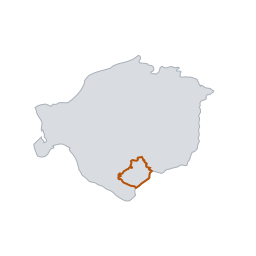 where Suceava sits in Romania, rotated 152°
{"feature_id": "ROU-311", "entity_name": "Suceava", "entity_type": "County", "adm_level": 1, "iso_a3": "ROU", "parent_name": "Romania", "parent_adm1": "", "projection": "albers", "projection_center": [25.683, 47.513], "detail": "fine", "context": "in_parent", "style": "outline", "palette": "amber", "viewbox_px": 256, "rotation_deg": 152, "n_neighbors": 0, "source": "natural_earth", "source_scale": "10m", "svg_char_len": 5104}
<svg xmlns="http://www.w3.org/2000/svg" viewBox="0 0 256 256"><g transform="rotate(152 128 128)"><path d="M191.3,141.9L193.5,144.7L196.2,146.1L202.4,147.6L202.9,147.3L203.0,147.0L202.5,146.6L202.4,146.1L202.7,145.4L203.6,145.3L205.0,145.9L207.6,144.9L211.4,142.4L214.9,141.8L218.2,143.0L220.0,144.5L221.1,146.0L220.9,147.9L220.7,149.0L220.1,153.9L219.6,155.8L218.8,157.8L208.7,160.7L209.3,159.5L209.0,157.5L208.5,156.0L209.4,154.6L207.0,154.2L206.1,155.0L205.4,156.3L206.2,159.4L205.1,161.1L204.7,162.1L204.8,164.3L204.2,165.3L204.1,166.4L205.7,166.0L205.0,168.0L202.1,171.8L201.1,174.1L201.7,182.8L200.5,188.1L200.5,189.7L197.2,189.9L196.2,189.8L193.0,189.1L189.5,187.8L187.3,185.2L186.0,183.3L183.0,184.2L182.5,184.0L181.6,183.1L179.4,182.5L176.6,182.6L170.4,179.1L169.7,178.6L164.8,179.2L157.6,181.1L152.1,183.3L146.3,187.2L144.0,190.1L141.3,191.6L137.4,192.8L130.5,192.3L123.4,190.8L115.7,189.1L111.5,189.9L105.9,189.1L97.5,187.0L91.2,186.3L84.9,187.2L83.9,186.3L83.7,185.3L84.0,184.0L84.9,182.9L86.4,182.1L87.2,181.3L87.4,180.4L85.7,179.0L82.3,176.9L81.0,175.7L80.6,175.4L80.6,174.3L79.9,173.4L78.6,172.8L77.6,171.6L76.9,169.9L77.2,168.4L78.3,167.0L79.6,166.5L81.2,166.7L81.9,166.4L81.7,165.3L80.2,164.0L77.3,162.3L74.3,163.1L71.2,166.2L69.0,166.6L67.8,164.3L65.5,162.9L62.1,162.4L60.1,161.4L59.3,160.1L57.9,159.0L54.7,157.8L54.7,156.8L55.3,156.6L56.4,156.6L58.0,156.5L58.3,155.9L58.3,155.4L57.1,154.7L55.9,154.2L55.3,153.7L54.9,153.2L54.8,152.7L55.2,152.4L55.7,152.4L56.2,152.1L56.6,150.9L57.3,150.0L57.8,149.7L57.8,148.9L57.3,148.2L56.7,147.6L55.7,147.2L52.7,146.0L51.2,144.5L50.3,144.4L48.8,143.5L47.3,142.2L46.0,140.4L44.5,139.1L44.2,138.6L44.2,138.2L44.5,137.7L44.5,137.2L44.2,135.5L44.6,133.7L44.6,131.9L44.6,131.2L44.4,130.9L44.1,131.2L43.7,131.5L43.3,131.5L42.3,130.2L41.1,127.6L40.2,126.7L38.4,125.4L36.9,124.3L35.9,122.1L34.9,120.4L35.7,119.8L40.2,119.1L42.2,120.2L43.1,119.9L44.1,119.2L44.6,118.6L44.7,118.0L45.2,117.2L46.8,116.9L50.7,117.6L52.3,116.6L53.0,116.0L53.4,114.7L53.9,113.6L55.3,113.1L55.4,112.1L55.2,111.0L56.2,108.6L56.7,107.7L57.5,107.3L58.5,106.6L60.3,105.1L60.0,103.7L60.4,102.7L62.2,100.3L63.7,98.0L63.7,96.8L64.0,95.7L65.2,94.6L66.5,93.2L68.3,88.6L68.9,87.8L70.0,87.0L70.8,86.1L71.1,83.1L71.8,82.2L73.3,81.3L74.8,79.7L76.0,77.9L76.9,77.0L78.0,76.8L79.3,76.2L80.7,75.9L82.1,76.4L83.0,76.2L84.3,75.3L87.7,72.0L88.2,71.3L88.9,70.8L91.6,69.7L92.4,68.6L93.3,67.5L94.5,67.6L98.3,70.4L102.5,70.4L103.2,70.5L103.5,70.5L104.0,70.8L109.5,72.2L110.3,72.1L110.6,72.0L112.8,73.1L114.7,73.0L116.6,72.3L118.6,72.1L120.4,72.6L121.7,74.1L125.2,77.4L126.2,78.6L127.9,78.5L129.7,77.9L131.5,75.7L137.1,73.3L141.3,72.7L145.5,71.7L150.3,70.9L151.7,68.9L152.4,67.5L152.9,65.0L155.5,64.2L157.9,63.7L158.8,63.3L160.6,63.2L162.0,63.4L164.1,64.6L165.6,66.2L166.3,67.4L167.6,69.2L169.0,71.7L170.5,74.9L170.9,76.6L171.5,78.4L172.7,80.6L174.8,83.0L175.2,83.4L176.2,85.1L178.1,88.9L179.7,90.4L181.2,92.0L181.9,93.7L182.9,95.2L185.3,97.1L187.2,98.9L188.9,104.1L190.0,106.5L190.7,108.3L190.5,112.0L191.0,113.6L190.2,116.6L188.8,122.5L188.6,127.2L189.0,129.7L189.1,131.3L189.5,132.4L190.0,134.5L190.1,136.3L189.5,136.9L188.7,137.4L188.4,137.8L189.2,138.6L190.3,140.1L191.3,141.9Z" fill="#d9dde1" stroke="#a8b0b8" stroke-width="1"/><path d="M146.6,71.7L147.8,71.4L149.1,71.4L149.5,73.1L149.6,73.4L149.9,73.7L150.4,74.0L151.2,74.6L152.1,75.2L152.6,75.6L154.8,78.4L155.1,79.0L156.4,80.5L156.7,80.9L157.3,81.6L157.5,81.9L157.7,82.5L158.0,84.0L158.0,84.3L157.9,84.7L157.9,85.1L158.0,85.4L158.1,85.7L158.6,86.3L158.8,86.6L159.1,86.7L159.8,86.8L160.1,87.2L160.2,87.5L160.1,87.8L159.9,88.3L159.9,88.6L159.8,88.9L159.7,89.1L159.3,89.1L157.2,88.9L156.9,89.0L156.9,89.3L157.1,89.7L158.2,90.8L158.4,91.0L158.2,91.2L158.0,91.4L156.5,91.7L155.9,91.0L155.6,90.8L155.2,90.6L154.9,90.5L154.5,90.5L154.0,90.6L152.3,91.6L151.6,91.8L149.4,91.8L148.4,92.0L148.1,92.0L147.7,91.9L147.2,91.7L145.6,92.4L145.2,92.4L144.7,92.2L143.9,91.4L143.6,91.2L143.4,91.1L143.1,91.1L142.9,91.4L143.0,91.6L143.3,92.1L143.7,92.4L143.8,92.6L143.9,92.9L143.8,93.1L143.7,93.4L143.4,93.7L142.6,94.2L142.3,94.5L141.5,95.5L141.2,96.0L141.0,96.7L141.0,97.3L140.0,97.5L139.7,97.6L139.3,97.6L139.0,97.6L138.7,97.4L138.5,97.1L138.3,96.9L138.1,96.6L135.9,95.2L135.6,95.0L135.3,95.0L134.8,95.1L134.4,95.3L134.1,95.5L133.9,95.8L133.9,96.1L133.9,96.3L133.8,96.6L133.7,96.8L133.5,97.0L133.3,97.1L133.0,97.1L132.8,97.1L132.0,96.8L131.2,96.4L129.4,96.0L129.3,94.0L129.5,93.2L129.5,92.9L129.6,92.5L129.6,92.3L129.3,92.3L129.1,92.3L128.9,92.2L128.7,91.9L128.7,91.7L128.9,91.3L129.1,90.8L129.3,90.3L129.3,90.0L129.2,89.8L128.9,89.2L128.4,88.5L128.3,88.2L128.2,88.0L128.3,87.8L128.5,87.7L128.8,87.7L128.9,87.8L129.0,87.7L129.2,87.4L129.2,87.2L129.0,86.9L128.9,86.8L128.9,86.6L129.1,86.5L129.3,86.4L129.6,86.2L129.8,86.0L129.9,85.6L129.9,85.3L129.8,85.0L129.6,84.6L129.1,84.0L127.6,82.7L127.4,82.5L128.5,82.1L128.7,81.9L128.9,81.6L128.8,81.3L128.7,81.1L127.8,80.2L127.4,79.5L127.2,78.7L128.6,78.5L129.8,78.0L130.6,77.2L132.4,74.2L133.3,73.6L142.5,72.6L143.8,72.1L144.8,72.0L145.3,71.7L145.7,71.7L146.6,71.7Z" fill="none" stroke="#b45309" stroke-width="2"/></g></svg>